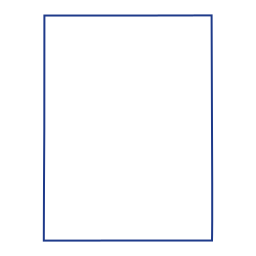 Steele, Minnesota, United States of America (orthographic projection)
{"feature_id": "52423323B73087717945589", "entity_name": "Steele", "entity_type": "district", "adm_level": 2, "iso_a3": "USA", "parent_name": "United States of America", "parent_adm1": "Minnesota", "projection": "orthographic", "projection_center": [-93.185, 44.022], "detail": "fine", "context": "isolated", "style": "outline", "palette": "blue", "viewbox_px": 256, "rotation_deg": 0, "n_neighbors": 0, "source": "geoboundaries", "source_scale": "gbopen_adm2", "svg_char_len": 275}
<svg xmlns="http://www.w3.org/2000/svg" viewBox="0 0 256 256"><path d="M212.0,240.5L212.1,234.4L212.2,221.4L212.2,184.1L211.6,15.4L157.7,15.5L100.1,15.5L44.4,15.5L44.3,128.3L44.0,184.4L43.8,240.6L210.3,240.5L212.0,240.5Z" fill="none" stroke="#1e3a8a" stroke-width="2"/></svg>